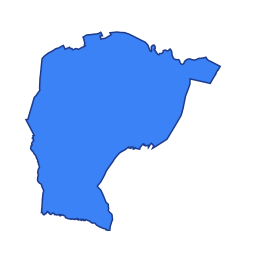 Volovat, Suceava, Romania, rotated 352°
{"feature_id": "2599482B46518062249673", "entity_name": "Volovat", "entity_type": "district", "adm_level": 2, "iso_a3": "ROU", "parent_name": "Romania", "parent_adm1": "Suceava", "projection": "albers", "projection_center": [25.892, 47.801], "detail": "fine", "context": "isolated", "style": "filled", "palette": "blue", "viewbox_px": 256, "rotation_deg": 352, "n_neighbors": 0, "source": "geoboundaries", "source_scale": "gbopen_adm2", "svg_char_len": 5570}
<svg xmlns="http://www.w3.org/2000/svg" viewBox="0 0 256 256"><g transform="rotate(352 128 128)"><path d="M95.9,226.6L96.1,225.3L96.1,224.8L96.4,224.4L96.6,223.6L96.7,222.7L96.9,222.6L97.7,220.8L98.0,220.5L98.3,219.5L99.3,217.6L99.7,217.1L99.9,216.6L100.1,212.1L100.0,211.4L99.2,210.2L98.6,209.6L98.2,209.0L97.7,208.4L97.1,207.2L97.1,206.8L97.3,205.9L97.6,205.3L97.6,203.9L97.7,203.5L97.6,202.4L97.7,202.1L97.8,200.9L96.9,199.6L95.9,198.6L94.0,190.8L92.5,185.9L89.7,182.0L89.7,181.1L93.6,177.5L98.1,171.4L100.8,167.1L107.7,159.8L108.3,159.2L109.9,157.2L111.2,155.8L114.2,153.1L115.7,151.9L118.0,150.6L119.2,150.3L120.9,149.5L122.3,149.1L125.7,146.9L126.3,148.1L126.9,148.0L127.5,148.2L128.0,148.5L128.1,147.2L128.7,147.3L129.1,147.5L130.3,147.6L130.1,148.6L130.6,148.7L130.4,149.6L131.2,149.6L131.7,149.5L132.0,149.3L132.5,148.6L132.9,149.1L133.5,149.5L136.6,150.6L137.3,148.9L139.2,147.2L140.6,145.8L142.0,146.5L141.3,147.0L141.8,147.5L142.8,148.0L143.3,148.1L145.7,148.0L145.5,150.1L148.3,146.8L148.6,146.9L149.1,146.4L151.0,149.3L149.5,151.5L151.9,150.5L164.7,144.7L165.3,144.2L175.2,132.0L181.6,123.9L182.6,122.4L183.1,121.3L185.3,116.1L189.4,104.4L193.4,97.1L195.3,93.5L195.5,92.8L196.3,88.0L207.8,92.3L215.7,95.3L217.0,93.4L222.7,86.4L222.5,86.2L224.9,83.1L225.2,83.2L227.9,79.8L219.8,74.1L217.7,72.7L216.3,71.5L215.6,70.2L215.1,68.8L212.1,69.1L209.5,69.1L207.7,68.9L205.1,69.8L203.2,70.0L201.0,69.3L199.4,68.4L197.4,68.0L196.0,68.4L194.4,69.1L193.1,70.3L192.4,71.6L191.6,72.3L190.5,72.5L189.7,72.2L189.0,71.2L188.5,69.9L188.5,68.8L188.3,68.0L187.4,67.3L185.7,67.1L184.7,66.8L183.4,66.1L182.7,65.2L182.2,63.6L181.8,61.8L181.9,58.1L181.3,56.6L180.8,55.7L180.1,55.8L179.6,56.2L179.3,56.7L178.3,57.1L177.3,57.1L176.9,56.6L176.0,56.0L174.4,56.1L173.7,56.3L173.5,56.7L173.5,57.4L173.3,58.0L172.8,58.4L171.7,59.0L169.9,58.6L169.2,59.1L168.6,59.8L168.1,59.5L167.6,59.0L167.1,58.0L165.8,55.2L165.4,54.7L164.8,54.0L165.0,53.6L165.9,53.2L166.1,52.6L166.1,51.2L165.7,49.9L165.3,49.5L164.3,49.5L163.2,50.0L162.3,51.1L162.1,52.7L162.0,55.1L161.6,55.5L161.1,55.3L160.2,53.6L159.3,48.9L158.4,47.4L157.0,45.4L153.7,43.2L147.1,38.6L142.1,35.2L137.9,33.1L133.7,32.3L130.3,31.4L123.4,31.2L124.2,33.4L117.9,36.0L115.5,36.0L113.5,36.1L113.5,35.4L113.1,33.1L115.5,33.1L114.6,30.0L114.3,29.4L112.9,30.0L111.6,30.4L110.5,30.5L108.9,30.4L107.4,30.4L103.3,30.3L101.5,30.2L99.8,30.2L99.4,30.4L96.1,31.8L96.4,32.8L96.6,33.9L96.7,35.1L96.8,36.2L96.9,36.9L97.2,37.8L96.6,38.8L96.4,39.4L96.4,39.9L96.5,40.3L97.1,40.8L96.6,41.0L95.9,41.1L94.8,41.5L93.5,41.8L91.8,42.5L90.9,43.0L90.1,43.1L89.5,43.1L88.5,42.4L87.9,42.2L87.3,42.1L86.6,42.2L85.3,42.8L84.7,42.9L84.2,42.8L83.8,42.0L83.4,41.4L82.3,41.5L81.3,39.9L80.5,40.2L78.7,40.6L76.7,41.2L76.6,40.8L75.5,37.3L74.0,37.7L70.4,39.1L67.7,39.4L63.6,41.3L59.6,42.7L55.8,44.8L53.4,46.6L52.6,47.4L51.5,51.7L48.8,62.8L47.8,66.5L46.8,71.8L46.0,76.2L45.9,78.4L45.1,79.3L43.5,80.9L41.5,83.1L40.0,84.3L39.4,84.7L36.1,92.1L31.9,101.3L30.1,105.5L28.1,105.5L30.7,112.8L34.1,122.3L32.7,122.5L33.0,124.2L32.9,124.4L32.2,124.5L31.8,124.8L31.8,125.0L32.5,125.9L32.8,126.5L32.7,127.0L32.8,127.2L32.6,127.3L32.7,127.6L32.2,127.8L31.0,129.0L30.5,129.8L30.4,130.3L30.4,130.8L30.7,131.3L30.7,131.5L30.2,131.9L29.8,131.9L29.6,132.2L29.3,132.9L28.9,134.1L28.8,135.0L28.9,135.8L29.2,136.1L29.5,136.4L29.6,136.9L29.7,137.1L30.2,137.2L30.4,137.5L30.7,138.5L31.2,139.6L31.4,140.0L31.5,140.5L31.8,141.2L32.2,141.5L32.6,142.2L32.9,142.9L33.1,143.4L33.0,144.0L33.1,144.3L33.4,144.8L33.4,145.1L33.3,145.5L33.6,146.1L34.1,147.0L34.2,147.5L34.1,148.0L33.8,148.5L33.9,148.9L34.1,149.3L34.5,149.7L34.6,150.0L34.2,151.1L34.4,151.6L34.5,151.9L34.7,152.5L34.7,153.1L35.0,153.7L35.0,154.0L34.7,154.7L34.3,155.2L33.6,156.2L32.4,159.2L32.4,160.3L32.6,161.2L32.7,162.0L32.4,162.7L32.1,163.4L31.4,165.4L31.3,166.0L31.2,167.5L31.3,168.0L31.5,168.4L31.7,168.9L32.1,169.5L32.9,170.5L33.6,170.9L34.0,171.3L34.3,171.8L34.4,172.2L34.4,172.6L34.6,172.9L34.7,173.3L34.6,174.0L34.6,174.3L35.1,175.4L35.6,177.8L35.7,178.4L35.6,179.1L34.9,180.4L33.5,185.8L33.4,186.9L33.2,187.1L32.6,190.5L31.7,194.8L30.5,199.7L31.0,199.7L31.5,200.1L31.7,200.5L31.7,201.2L32.2,202.0L32.5,202.2L32.8,202.3L33.2,201.7L34.2,201.6L34.9,201.4L35.3,200.7L36.3,199.5L36.7,199.5L36.9,199.6L36.9,199.9L37.2,200.6L37.5,200.8L37.9,200.8L38.1,200.9L38.1,201.1L38.1,201.6L38.5,202.2L39.4,202.8L39.8,202.9L40.6,202.3L41.8,201.7L42.1,201.7L42.4,201.9L42.8,202.1L43.0,202.4L43.1,202.7L43.0,203.3L43.2,203.6L43.5,203.7L44.3,203.6L44.7,203.8L45.1,204.1L47.0,204.4L47.7,204.1L47.9,204.0L48.1,204.0L48.3,204.2L48.5,204.6L48.5,204.9L48.3,205.3L48.4,205.5L48.6,205.5L48.9,205.5L49.1,204.8L49.2,204.6L49.5,204.6L49.8,204.6L50.4,205.2L50.5,205.2L51.1,204.9L51.4,205.0L52.1,205.7L52.7,206.0L53.2,206.3L53.4,206.7L53.6,208.1L56.3,209.5L58.9,210.4L59.4,210.4L59.6,210.1L60.0,210.0L61.2,210.9L61.8,211.1L62.1,211.0L62.5,210.7L62.8,210.7L63.0,210.9L63.2,211.2L63.5,211.2L64.5,211.0L65.5,210.5L65.9,210.7L66.0,211.0L66.0,211.4L65.6,211.9L65.8,212.1L66.3,212.2L66.9,212.1L67.5,212.0L68.4,211.9L68.9,212.0L68.6,212.4L68.6,212.6L68.6,212.8L68.9,213.1L69.2,213.1L70.3,212.2L70.8,212.1L70.8,212.5L71.1,213.1L71.3,213.4L71.5,213.3L71.5,213.1L71.9,213.2L72.4,213.7L72.6,213.7L72.8,213.5L73.0,213.2L72.9,212.9L73.0,212.8L73.3,213.0L74.2,213.2L75.7,214.2L76.3,214.5L77.0,214.7L77.3,215.3L77.9,216.0L78.6,216.4L79.1,217.0L79.3,217.2L81.1,217.3L81.9,217.6L83.7,220.2L84.2,220.3L85.6,221.6L90.3,224.4L91.0,224.4L91.7,224.7L92.1,225.2L92.0,225.6L92.0,225.9L92.3,226.0L92.7,225.9L94.3,226.6L95.9,226.6Z" fill="#3b82f6" stroke="#1e3a8a" stroke-width="1.5"/></g></svg>